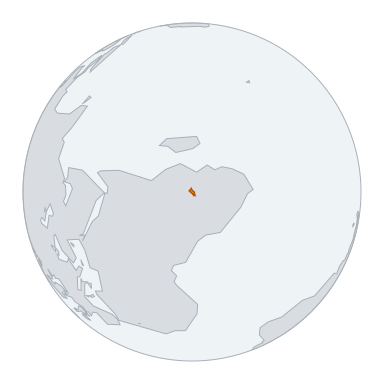 Lusaka highlighted on a globe, orthographic projection, rotated 242°
{"feature_id": "ZMB-520", "entity_name": "Lusaka", "entity_type": "Province", "adm_level": 1, "iso_a3": "ZMB", "parent_name": "Zambia", "parent_adm1": "", "projection": "orthographic", "projection_center": [29.259, -15.303], "detail": "fine", "context": "on_globe", "style": "filled", "palette": "amber", "viewbox_px": 384, "rotation_deg": 242, "n_neighbors": 0, "source": "natural_earth", "source_scale": "10m", "svg_char_len": 5902}
<svg xmlns="http://www.w3.org/2000/svg" viewBox="0 0 384 384"><g transform="rotate(242 192 192)"><circle cx="192" cy="192" r="169" fill="#eef3f6" stroke="#a8b0b8"/><path d="M24.5,170.0L24.3,172.3L25.8,172.8L26.1,178.7L25.6,183.6L26.8,183.3L26.9,186.1L34.2,184.4L40.2,188.4L41.5,198.4L39.5,212.5L44.5,238.9L42.7,251.4L46.9,262.2L53.6,279.6L51.9,281.4L57.2,287.4L60.2,293.0L60.4,295.1L64.6,300.2L65.0,301.6L67.7,303.8L74.5,311.9L79.7,316.1L86.2,322.3L89.7,324.5L89.9,325.1L91.7,326.7L93.9,328.3L91.8,327.6L84.2,321.9L79.8,318.1L79.9,318.4L69.9,308.7L72.3,311.2L65.5,304.0L57.8,294.7L50.9,284.9L44.6,274.6L39.1,263.9L34.4,252.8L30.4,241.4L27.3,229.8L25.1,218.0L23.6,206.1L23.1,194.0L23.3,182.0L24.5,170.0ZM97.4,329.7L92.9,328.4L94.5,328.7L90.4,325.2L94.6,326.9L97.4,329.7ZM87.6,320.4L86.0,317.8L87.1,318.2L88.5,320.1L87.6,320.4ZM233.7,28.3L235.5,28.7L237.4,29.4L238.7,29.8L237.8,29.4L235.6,28.8L246.9,32.2L258.0,36.5L268.7,41.5L279.1,47.2L289.0,53.6L298.4,60.8L307.4,68.6L315.7,76.9L323.5,85.9L330.6,95.3L337.0,105.3L342.7,115.6L347.7,126.4L348.6,128.9L346.2,124.0L346.7,127.2L353.9,146.7L354.9,151.4L354.0,156.9L353.4,153.2L347.3,140.0L348.7,150.8L353.4,163.9L355.1,176.8L352.6,170.5L350.6,159.1L348.4,154.1L347.1,144.4L341.8,128.5L339.1,128.8L337.5,123.2L329.8,109.7L324.9,110.1L318.4,120.4L320.4,134.9L316.9,140.0L305.4,116.4L300.1,102.5L296.0,102.6L284.1,89.9L263.8,85.8L260.8,82.4L257.0,83.3L248.6,79.3L244.0,74.1L239.0,74.0L251.1,88.0L256.6,88.4L261.0,84.0L263.3,89.0L271.4,94.6L262.8,105.5L232.5,114.2L229.5,103.4L206.0,76.2L206.6,73.4L206.5,73.1L206.2,72.6L204.2,77.0L200.1,72.3L212.7,90.0L214.9,98.2L232.1,114.8L230.5,116.4L236.0,120.2L253.5,117.6L253.6,121.2L245.4,137.8L221.1,161.5L224.3,179.5L222.5,195.1L207.3,205.4L208.7,218.1L200.8,222.6L200.3,230.1L194.0,238.1L183.5,246.1L165.6,247.2L164.5,240.3L155.5,227.7L143.0,198.0L147.5,184.0L145.9,173.9L132.9,153.4L135.8,141.3L132.3,136.9L125.2,139.1L121.2,134.0L116.9,134.6L90.1,144.2L82.0,139.1L72.7,121.1L77.6,111.6L78.8,102.6L113.0,67.2L120.0,67.0L146.6,59.8L149.9,60.3L146.5,66.3L166.2,72.0L172.9,66.5L191.1,70.1L203.4,70.0L208.3,59.2L188.2,58.9L185.0,54.0L201.3,49.9L218.9,51.3L218.3,49.5L207.4,45.1L211.6,42.5L203.6,43.6L206.7,45.3L201.7,46.3L198.6,44.8L200.3,43.8L195.0,43.0L188.6,48.9L191.0,51.3L177.1,52.9L179.8,57.3L176.0,59.6L169.9,53.2L170.7,50.7L159.3,45.4L157.2,47.9L167.9,53.4L164.4,53.1L161.7,57.5L161.0,54.0L150.0,48.2L137.6,51.5L121.4,64.1L114.3,66.6L108.5,66.2L114.9,55.3L130.1,51.2L132.5,48.0L129.9,45.1L134.7,44.4L135.5,42.9L141.3,41.7L149.8,37.3L155.8,36.2L159.5,32.5L163.1,31.6L159.9,33.9L160.8,35.3L175.6,33.9L178.6,33.0L179.8,30.9L183.8,31.1L183.1,29.3L191.8,28.5L180.6,28.3L181.8,26.6L187.2,25.4L185.6,25.1L176.7,27.1L175.0,28.1L176.7,28.9L170.2,32.5L165.0,33.6L164.2,30.2L156.8,31.6L159.4,29.0L181.8,23.9L191.0,23.4L205.2,24.7L202.9,25.2L196.6,24.8L202.0,26.2L201.8,25.6L205.0,26.0L207.0,25.2L209.4,25.5L207.1,24.5L210.3,24.8L211.7,25.5L217.2,25.4L223.9,26.4L224.0,26.3L222.2,25.9L231.9,27.9L231.5,27.8L228.2,27.0L225.5,26.4L233.7,28.3ZM101.0,82.6L100.0,85.2L101.0,82.6ZM237.7,59.4L248.2,61.2L243.3,54.5L246.9,54.8L243.9,52.6L242.9,54.0L235.5,48.4L240.0,47.5L238.6,45.2L235.0,44.5L228.0,47.3L238.5,54.9L236.2,57.1L237.7,59.4ZM134.1,37.9L135.9,38.0L133.5,39.8L125.9,42.5L129.4,39.9L134.1,37.9ZM139.1,38.0L140.3,34.6L145.1,33.2L142.2,34.5L145.2,33.9L141.4,35.9L144.6,38.4L142.7,40.2L129.9,43.5L135.1,41.2L133.0,41.0L139.1,38.0ZM136.8,32.3L145.3,29.7L143.7,30.4L136.0,32.8L133.5,33.5L135.2,32.9L135.8,32.7L136.8,32.3ZM153.8,57.8L156.4,57.7L160.5,57.1L158.8,60.1L153.8,57.8ZM146.1,53.8L148.4,53.1L148.1,56.5L145.4,56.7L146.1,53.8ZM150.0,50.2L148.6,52.8L147.8,51.5L150.0,50.2ZM162.1,33.4L164.6,32.9L164.8,33.4L163.3,34.3L162.1,33.4ZM204.7,60.9L201.0,62.9L199.2,61.9L200.9,61.3L204.7,60.9ZM178.7,60.8L184.5,62.0L178.2,61.7L178.7,60.8ZM263.3,291.6L263.7,294.6L261.4,294.2L263.3,291.6ZM251.0,194.7L238.9,222.2L231.1,221.8L229.9,213.1L234.5,196.2L243.7,192.1L248.3,185.0L251.0,194.7ZM358.6,218.8L358.4,221.4L358.2,222.1L358.6,218.8ZM359.0,214.3L359.0,216.6L358.7,215.7L359.0,214.3ZM358.9,218.5L359.0,217.5L359.0,218.0L358.9,218.5ZM358.8,213.0L356.3,205.6L354.8,200.8L355.6,198.6L358.0,203.8L358.8,213.0ZM355.5,198.3L352.6,186.3L345.7,158.4L348.2,160.6L354.9,179.8L354.5,181.9L356.3,190.6L355.5,198.3ZM360.5,179.3L360.6,181.3L360.9,189.2L360.7,194.1L360.3,201.0L359.3,196.3L358.6,193.3L358.2,182.8L358.5,178.9L359.2,180.5L359.6,170.7L359.7,171.5L360.5,179.3ZM321.2,136.5L325.0,146.6L322.8,147.2L321.2,136.5ZM350.1,133.3L349.5,132.5L348.7,130.2L349.0,129.9L350.1,133.3ZM214.5,24.5L218.4,25.2L211.7,24.2L214.5,24.5ZM332.9,285.3L330.3,284.8L331.4,280.9L334.7,276.6L342.9,259.6L342.9,260.7L347.4,250.3L351.0,248.1L353.6,241.3L349.6,252.8L344.8,264.1L339.2,274.9L332.9,285.3ZM360.3,206.6L360.1,208.6L360.2,207.4L360.8,199.6L360.9,194.5L360.3,206.6Z" fill="#d9dde1" stroke="#a8b0b8" stroke-width="1"/><path d="M194.1,193.0L193.8,192.9L193.6,192.9L193.5,193.0L193.3,193.0L193.2,193.1L192.9,193.0L192.7,193.2L192.4,193.2L191.8,193.5L191.7,193.6L191.4,193.9L191.2,193.9L190.9,193.8L190.7,193.9L190.3,193.7L190.1,193.7L189.9,193.6L189.7,193.5L189.6,193.4L189.3,193.4L189.2,193.5L189.0,193.4L188.9,193.4L188.7,193.3L188.5,193.2L188.4,193.1L188.2,193.1L187.9,193.0L187.7,193.0L187.9,192.8L188.2,192.7L188.2,192.4L188.1,192.2L187.9,192.2L187.9,191.9L188.0,191.9L188.5,192.0L189.0,192.1L189.3,192.0L189.4,191.8L189.5,191.6L190.0,191.7L190.3,191.7L190.5,191.6L190.8,191.5L191.1,191.2L191.3,191.2L191.9,191.0L192.2,191.0L192.4,191.0L192.6,191.0L192.7,190.9L192.7,190.7L192.8,190.6L193.1,190.4L193.4,190.3L193.5,190.3L193.6,190.2L193.8,190.2L194.0,190.1L194.3,190.1L194.4,190.3L194.5,190.4L194.5,190.5L194.7,191.1L194.7,191.3L194.8,191.4L194.9,191.8L195.0,192.0L195.2,192.4L195.2,192.5L195.1,192.8L195.3,193.0L195.2,193.0L194.9,193.0L194.7,193.0L194.4,193.0L194.2,193.0L194.1,193.0Z" fill="#f59e0b" stroke="#b45309" stroke-width="1.5"/></g></svg>